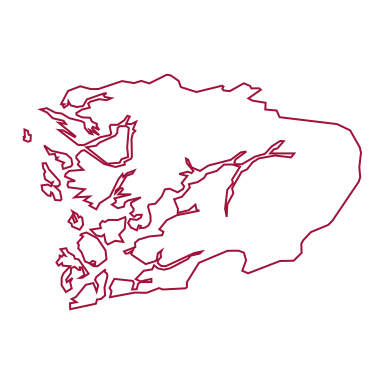 Hordaland, Robinson projection
{"feature_id": "NOR-913", "entity_name": "Hordaland", "entity_type": "County", "adm_level": 1, "iso_a3": "NOR", "parent_name": "Norway", "parent_adm1": "", "projection": "robinson", "projection_center": [5.687, 60.257], "detail": "fine", "context": "isolated", "style": "outline", "palette": "rose", "viewbox_px": 384, "rotation_deg": 0, "n_neighbors": 0, "source": "natural_earth", "source_scale": "10m", "svg_char_len": 5891}
<svg xmlns="http://www.w3.org/2000/svg" viewBox="0 0 384 384"><path d="M110.1,297.2L111.5,291.0L109.5,288.0L114.3,278.9L132.9,280.9L133.9,283.4L132.1,289.5L136.7,289.2L138.1,283.7L140.7,282.0L151.4,282.1L151.4,278.9L140.7,281.4L135.7,279.1L143.7,270.8L152.1,269.4L154.1,265.3L157.8,268.3L163.8,269.7L170.0,268.3L188.0,258.9L190.7,255.6L199.7,253.6L202.0,251.4L194.1,253.1L165.8,266.2L161.3,266.0L157.8,263.1L157.8,260.6L161.0,257.2L160.5,253.4L161.8,250.4L157.8,253.4L156.9,259.4L155.4,261.1L145.7,264.1L132.0,254.9L131.2,253.9L132.8,250.4L128.1,253.4L125.6,253.6L124.0,251.4L135.3,247.1L135.0,242.8L138.7,239.6L149.0,236.5L162.1,235.2L163.4,231.8L159.3,229.3L166.6,220.3L176.9,215.2L199.4,210.7L196.6,209.9L195.4,204.6L188.8,210.2L177.7,212.9L178.0,208.9L174.1,199.3L182.0,196.7L189.8,187.6L188.9,184.2L197.7,182.1L204.2,177.8L206.4,174.0L216.8,170.9L223.9,164.6L232.3,164.5L240.0,166.8L232.1,179.5L232.9,183.1L227.3,189.8L225.1,208.7L226.7,216.9L227.3,204.4L233.3,193.4L232.1,188.2L241.6,171.8L247.1,169.3L252.6,162.3L258.8,158.4L275.1,155.5L291.1,157.4L294.2,153.4L270.2,153.4L273.9,149.3L277.4,148.4L283.7,141.2L280.3,140.9L271.7,146.4L265.0,153.8L255.3,156.5L241.8,164.3L235.9,164.2L234.3,162.7L235.5,159.5L246.3,151.5L240.7,152.4L230.8,159.8L208.5,165.5L200.0,170.9L191.6,167.4L188.0,159.6L186.0,158.6L186.8,163.2L193.4,171.0L191.6,173.1L187.7,171.7L179.2,174.0L187.3,175.9L181.7,183.1L184.1,186.2L183.1,189.0L177.6,192.3L169.7,188.7L164.9,189.4L161.7,196.5L155.4,203.7L149.0,204.6L148.0,206.6L150.5,215.8L150.6,221.3L148.5,225.4L144.9,227.7L140.1,228.2L140.9,226.0L138.7,225.4L136.8,230.3L131.0,227.6L128.1,223.0L130.2,219.0L136.9,219.9L140.9,217.5L141.7,214.8L136.9,214.8L134.1,216.9L130.3,213.4L133.3,211.3L133.7,209.1L130.9,205.0L131.2,202.6L140.9,197.4L128.1,200.5L124.8,202.6L124.0,206.6L117.8,208.2L112.0,204.6L115.5,202.5L116.0,200.9L114.4,198.4L131.2,194.3L118.4,194.3L123.0,189.5L122.4,188.2L120.3,188.3L115.3,193.3L115.7,190.7L119.3,187.8L126.4,175.9L132.5,173.6L134.5,170.4L127.1,173.2L123.2,177.0L122.5,174.0L118.5,179.1L110.0,196.5L99.7,203.2L96.3,209.3L89.5,205.6L92.0,203.5L84.0,200.5L89.6,196.5L74.5,197.4L84.7,189.3L68.4,187.3L67.4,184.9L68.4,181.6L75.2,181.0L65.0,176.5L65.6,174.0L69.3,170.9L83.3,169.8L77.8,164.6L79.3,161.7L76.3,158.2L76.4,155.9L81.3,151.0L84.3,150.1L104.2,164.0L115.5,167.0L124.8,164.6L124.4,162.1L131.2,158.6L131.9,156.6L131.5,138.9L132.8,133.5L135.3,130.9L133.0,129.3L136.1,121.7L131.3,124.1L126.1,123.9L129.7,116.6L127.4,115.8L124.2,120.4L117.6,124.8L110.9,124.8L109.7,126.4L111.2,133.5L110.1,135.1L100.3,137.2L83.7,145.2L77.9,144.8L58.7,130.0L63.1,130.4L74.7,137.1L75.3,136.2L58.7,122.8L65.9,123.9L63.5,120.8L52.7,118.2L47.1,112.5L40.4,109.5L46.7,108.2L55.4,112.7L61.6,113.5L69.4,118.2L81.4,121.2L84.2,122.7L84.9,128.0L89.3,133.3L92.1,134.1L89.7,130.0L99.3,135.1L92.0,128.3L92.9,126.8L99.3,130.0L96.6,126.1L96.9,123.9L92.1,121.7L90.1,117.8L81.9,117.3L76.6,114.9L76.3,113.1L81.9,109.6L89.8,107.6L88.2,103.6L90.3,101.7L99.0,99.2L106.7,100.1L111.3,98.2L104.7,96.9L103.6,95.2L106.6,93.1L103.7,93.5L86.9,99.4L83.0,106.1L76.8,107.0L70.7,105.4L68.4,101.4L68.0,104.9L64.1,107.7L62.7,105.5L64.3,104.3L61.1,104.0L68.0,91.0L80.2,86.3L90.8,89.1L98.4,89.0L122.1,81.1L134.1,83.1L141.3,80.9L149.3,83.4L166.6,74.8L170.7,75.4L178.6,80.9L180.9,87.1L196.4,92.0L222.1,85.7L223.5,86.6L222.3,88.6L223.6,90.4L229.7,91.2L243.8,83.3L250.0,85.9L251.4,88.4L259.2,88.3L260.8,89.8L248.4,98.4L252.3,100.6L265.6,102.8L265.3,109.5L276.6,110.5L279.6,117.2L337.1,124.1L350.2,130.4L359.7,147.2L361.0,152.6L359.3,167.3L360.2,177.0L358.9,181.5L332.5,220.6L328.3,224.9L310.9,232.1L303.2,240.3L301.3,243.9L301.6,252.9L293.7,260.7L280.0,261.0L248.1,273.3L242.3,270.8L246.1,260.3L243.9,252.7L238.8,250.7L227.5,250.8L199.0,262.8L186.9,282.2L186.9,287.1L185.6,288.3L162.9,289.5L159.0,288.1L146.6,292.8L134.7,292.6L110.1,297.2ZM128.8,128.0L127.2,147.3L128.1,157.0L121.5,159.2L119.6,162.7L107.2,163.7L86.4,147.3L96.4,145.6L99.3,142.7L115.1,135.6L117.2,133.0L117.6,128.0L119.6,126.2L126.3,126.1L128.8,128.0ZM70.2,309.2L70.0,303.3L76.5,302.2L71.7,299.0L75.9,297.0L85.8,284.8L93.4,283.1L96.6,291.5L98.2,285.2L95.0,279.9L96.4,276.9L105.5,269.4L104.6,271.6L107.0,273.7L107.4,276.4L104.5,287.4L105.1,295.4L101.0,299.0L97.0,299.5L95.9,303.7L70.2,309.2ZM105.5,250.4L106.5,259.3L97.6,266.2L93.8,266.2L90.1,264.1L95.0,264.3L95.3,261.8L92.5,260.9L89.5,263.3L85.0,261.4L81.6,252.4L78.2,248.3L78.9,245.1L77.5,242.9L83.1,236.5L80.5,235.1L81.4,234.1L86.5,232.5L97.5,238.4L105.5,250.4ZM117.9,220.0L125.2,217.1L125.6,219.0L124.7,228.8L119.2,234.7L123.2,241.9L115.2,240.8L107.8,244.5L105.5,241.9L104.1,234.6L101.5,236.5L96.3,235.4L90.6,229.6L100.9,228.1L99.8,224.1L102.4,221.0L105.0,222.0L108.4,219.9L117.9,220.0ZM78.6,259.4L88.6,273.7L82.2,277.8L79.8,277.9L84.5,274.8L82.0,267.6L79.8,267.3L80.2,269.9L78.7,270.0L74.6,266.7L70.9,268.3L70.9,273.1L66.1,279.9L66.8,282.2L72.5,277.9L70.1,282.1L71.7,288.5L65.9,292.0L61.6,285.2L61.7,277.5L63.5,273.4L70.2,266.2L62.7,265.7L62.0,263.1L58.6,265.6L56.4,262.5L59.6,258.4L59.7,255.6L62.0,256.7L63.2,254.9L65.3,255.6L60.5,249.2L66.2,248.3L67.9,252.1L74.0,255.7L74.8,258.7L78.6,259.4ZM61.5,199.0L60.5,200.4L55.1,200.0L52.6,193.4L51.1,192.3L50.5,196.0L47.6,195.3L42.4,190.3L41.6,185.4L47.6,184.6L51.2,186.2L52.8,182.1L50.9,183.0L45.1,179.2L44.0,174.0L45.3,171.6L43.3,168.3L42.6,163.4L45.9,163.1L48.8,169.2L59.5,181.1L59.9,184.4L58.2,186.3L54.4,186.2L60.0,191.4L61.5,199.0ZM49.3,154.5L44.1,145.4L51.7,150.9L66.2,154.1L71.3,158.6L72.4,164.5L71.0,166.4L63.2,168.9L62.1,165.0L64.1,162.7L56.1,159.5L57.7,157.6L56.0,157.8L54.9,154.0L49.3,154.5ZM82.2,217.8L83.1,224.8L79.7,229.7L72.2,226.5L71.5,223.8L68.4,221.5L72.2,215.7L74.5,222.6L77.2,221.2L72.4,211.4L77.3,214.2L78.7,217.6L80.2,216.4L82.2,217.8ZM30.8,135.2L30.5,140.9L27.9,141.7L23.0,139.6L24.1,139.8L23.7,137.0L24.9,137.1L24.5,129.5L27.9,131.0L28.6,134.7L30.8,135.2Z" fill="none" stroke="#9f1239" stroke-width="2"/></svg>